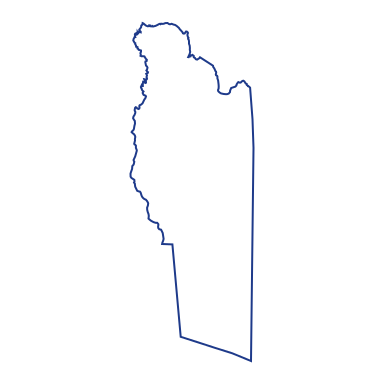 Vaimauga East, Tuamasaga, Samoa (Equal Earth projection)
{"feature_id": "51752279B75699078159302", "entity_name": "Vaimauga East", "entity_type": "district", "adm_level": 2, "iso_a3": "WSM", "parent_name": "Samoa", "parent_adm1": "Tuamasaga", "projection": "equal_earth", "projection_center": [-171.732, -13.895], "detail": "fine", "context": "isolated", "style": "outline", "palette": "blue", "viewbox_px": 384, "rotation_deg": 0, "n_neighbors": 0, "source": "geoboundaries", "source_scale": "gbopen_adm2", "svg_char_len": 3495}
<svg xmlns="http://www.w3.org/2000/svg" viewBox="0 0 384 384"><path d="M248.0,85.8L246.8,85.0L246.7,83.9L245.7,83.5L244.3,81.3L243.2,80.7L242.2,81.1L240.6,82.6L239.6,82.6L238.3,82.1L237.6,82.9L236.6,84.4L236.4,85.5L235.4,86.6L231.2,88.0L230.1,90.6L230.0,92.1L228.7,93.6L227.3,94.1L226.1,94.2L223.8,94.0L221.0,93.4L219.6,92.5L218.3,91.3L218.0,90.1L218.6,88.5L218.7,86.6L218.6,84.7L218.1,80.4L217.4,78.4L217.4,76.4L217.0,75.7L216.1,75.3L215.8,74.4L216.2,72.6L216.0,71.6L215.5,71.2L214.3,68.4L213.3,67.1L213.0,65.7L200.0,57.3L199.6,58.0L197.1,59.6L195.8,59.2L194.9,57.9L193.8,57.3L193.7,55.8L192.4,54.9L191.9,55.4L190.7,55.2L190.4,56.4L189.3,56.3L188.7,57.2L188.2,57.1L189.6,54.1L190.2,51.9L189.8,49.7L189.9,48.0L189.7,45.7L189.0,43.7L189.0,41.4L188.8,40.0L188.2,39.1L188.1,38.4L188.5,37.9L188.0,37.2L187.5,35.6L187.5,34.0L188.0,33.0L187.6,32.2L186.7,31.5L186.0,31.5L184.6,33.5L183.5,33.6L182.9,33.3L182.7,32.5L180.9,30.4L179.9,29.4L178.9,27.9L176.6,25.9L175.0,24.9L173.6,24.6L171.6,23.8L170.0,24.3L168.9,24.0L167.5,23.0L165.3,23.1L163.9,23.7L162.6,23.9L161.6,23.7L160.6,24.2L160.3,23.8L159.4,23.9L157.0,25.2L155.5,25.9L153.1,26.5L152.4,26.0L152.0,26.4L150.6,26.3L150.1,26.2L150.2,25.5L149.2,25.3L149.0,26.1L147.7,26.3L145.8,25.5L143.5,23.5L142.6,23.1L142.4,24.6L141.3,25.5L141.1,27.2L139.7,29.2L139.3,29.5L139.3,30.2L140.7,31.7L140.7,32.3L139.0,31.7L138.4,33.0L137.8,32.9L137.5,32.3L137.4,34.2L136.9,34.5L136.2,33.2L135.2,33.7L134.9,34.4L135.3,35.1L134.8,36.2L135.3,37.1L134.4,37.5L133.6,38.9L133.3,40.5L134.6,42.8L135.3,43.2L135.2,44.1L136.1,45.7L136.1,46.7L137.5,47.1L137.5,48.5L138.2,48.8L138.7,49.8L141.0,50.5L141.0,51.8L140.4,53.1L140.8,54.8L140.5,55.8L141.7,56.3L142.9,56.2L144.4,56.4L145.9,58.9L146.8,59.7L146.7,60.9L145.5,61.4L145.3,62.1L146.0,65.6L147.0,66.5L147.5,67.7L147.0,69.6L146.4,70.4L147.4,71.8L148.0,72.2L147.8,72.9L146.2,73.8L147.0,75.3L146.5,77.1L147.0,78.3L146.8,79.3L146.4,79.6L144.2,79.2L144.5,80.2L145.2,81.1L145.9,81.3L146.0,82.7L145.4,83.0L143.8,82.0L143.1,81.8L143.0,82.7L142.8,83.7L142.8,86.0L142.2,86.0L141.7,85.2L140.9,87.0L141.1,87.9L141.6,88.3L141.8,89.4L142.3,90.4L143.5,91.5L142.7,92.7L142.7,93.2L143.6,94.9L145.6,95.7L146.0,96.5L145.2,98.5L144.4,99.4L142.5,103.4L140.8,104.8L139.7,105.2L139.3,106.0L139.5,107.4L139.3,108.5L138.6,109.0L137.2,108.5L136.5,107.5L135.7,107.2L135.1,107.8L134.7,109.7L134.7,110.6L135.3,111.8L135.3,112.9L134.5,115.0L133.5,116.5L133.1,118.2L133.8,119.5L134.8,120.9L135.0,123.6L134.4,125.9L134.0,128.4L133.7,129.6L132.8,130.7L131.9,131.5L131.6,132.1L132.8,133.3L134.0,134.2L134.9,135.5L135.3,136.9L134.9,139.0L135.0,140.5L134.2,143.8L134.5,144.4L135.3,144.8L135.9,145.6L135.9,147.9L136.7,149.9L136.8,150.7L135.2,156.4L133.6,159.9L133.7,160.7L134.3,161.7L133.9,163.6L133.6,164.6L132.3,166.1L132.1,168.9L130.9,172.3L130.5,173.7L130.6,176.7L131.5,178.0L134.3,179.8L134.5,181.5L134.0,182.6L134.8,183.5L135.2,186.7L137.2,190.8L138.7,191.4L139.9,191.6L140.6,192.5L141.5,195.4L142.0,196.6L143.0,197.9L144.3,199.0L145.9,199.7L147.0,201.0L147.9,202.5L148.2,203.4L147.9,205.5L147.1,207.7L147.2,209.8L147.7,211.9L148.5,214.0L148.8,215.9L148.5,218.6L149.7,219.7L151.1,220.8L153.5,222.1L155.6,222.8L157.2,222.8L158.3,224.1L158.4,225.0L158.1,226.2L158.2,227.9L159.2,229.2L161.1,229.7L162.7,233.0L163.4,237.5L163.6,238.9L163.2,240.6L162.4,242.6L162.1,244.0L172.4,244.4L180.7,336.8L202.8,343.9L215.1,347.9L232.3,353.3L251.0,361.0L253.5,147.9L252.5,119.2L250.1,87.7L249.2,86.7L248.0,86.2L248.0,85.8Z" fill="none" stroke="#1e3a8a" stroke-width="2"/></svg>